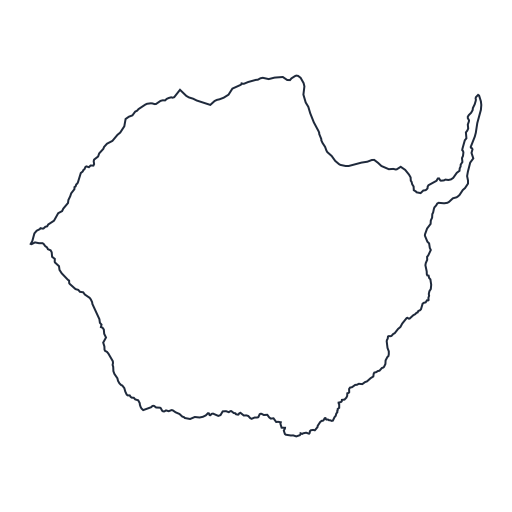 Almaguer, Cauca, Colombia (Robinson projection)
{"feature_id": "7082276B90942286802218", "entity_name": "Almaguer", "entity_type": "district", "adm_level": 2, "iso_a3": "COL", "parent_name": "Colombia", "parent_adm1": "Cauca", "projection": "robinson", "projection_center": [-76.812, 1.912], "detail": "fine", "context": "isolated", "style": "outline", "palette": "slate", "viewbox_px": 512, "rotation_deg": 0, "n_neighbors": 0, "source": "geoboundaries", "source_scale": "gbopen_adm2", "svg_char_len": 6012}
<svg xmlns="http://www.w3.org/2000/svg" viewBox="0 0 512 512"><path d="M479.1,95.6L478.1,94.9L475.9,97.2L475.6,98.5L475.9,99.7L475.7,100.9L474.7,104.3L472.9,108.0L472.6,110.2L471.1,112.8L468.8,115.1L467.8,116.7L467.8,118.1L469.0,120.3L468.9,121.4L467.8,124.6L468.2,128.5L467.3,130.6L465.9,132.4L466.4,138.3L464.8,140.3L462.5,148.5L462.2,150.1L463.1,151.2L463.4,152.5L463.0,155.9L462.0,158.1L462.4,162.0L460.7,164.6L460.6,166.5L459.7,168.4L459.5,170.8L456.8,172.8L453.2,177.9L451.0,179.4L448.4,180.0L445.4,179.6L443.9,180.4L440.9,180.7L440.3,180.4L439.0,178.4L437.8,178.5L436.5,180.8L428.5,185.2L427.7,186.5L427.5,188.4L426.2,189.8L425.1,190.3L423.3,190.5L420.6,193.1L416.5,192.3L416.1,191.6L413.8,190.2L413.6,186.5L412.2,184.3L411.6,181.9L410.8,180.7L410.6,177.4L409.0,174.6L405.2,169.9L400.7,166.8L396.8,169.3L395.8,169.5L393.3,168.9L388.8,169.2L381.4,166.0L378.1,162.9L374.2,159.9L371.8,160.0L367.4,161.7L361.5,162.6L348.7,166.0L345.6,166.0L340.4,164.9L339.1,164.2L335.2,160.9L331.7,156.0L327.3,152.1L326.4,150.5L325.1,146.9L322.5,142.9L321.3,140.3L321.3,139.1L319.2,133.9L319.2,132.8L318.6,131.3L313.8,122.3L310.2,113.2L308.3,106.8L305.7,102.5L303.4,94.6L304.4,86.4L303.6,83.1L300.6,77.8L298.1,75.9L296.3,75.6L295.0,76.1L291.4,78.4L290.0,80.1L287.2,80.0L282.8,77.0L274.6,77.6L268.7,79.1L262.8,77.8L260.4,78.3L257.9,79.7L255.8,79.9L248.2,82.0L244.1,83.7L243.1,83.8L241.6,83.4L241.4,84.3L240.4,85.0L232.4,88.6L228.5,94.7L223.7,97.7L219.5,99.3L216.9,99.9L214.6,101.0L210.3,104.9L196.7,100.5L193.1,98.7L188.9,97.4L186.3,95.9L180.0,89.8L174.2,97.2L172.5,97.7L171.2,97.3L168.7,98.0L166.7,98.9L165.1,100.4L162.7,100.3L160.5,100.9L156.0,104.0L154.6,104.1L152.3,103.4L150.7,103.3L147.0,103.8L145.3,104.6L138.5,109.1L137.1,110.7L135.2,111.6L132.4,115.4L128.9,116.7L125.6,119.0L124.3,126.3L120.2,132.6L117.5,134.8L112.4,140.9L107.0,143.7L104.1,146.9L103.3,148.9L99.2,153.4L98.1,156.5L94.1,159.6L93.7,161.2L94.1,164.1L93.4,165.6L90.6,165.5L88.9,167.2L86.4,166.4L85.5,166.9L84.4,169.3L83.4,170.0L82.7,171.5L80.8,173.0L78.0,182.1L77.4,183.4L76.2,184.5L75.6,186.4L74.5,187.1L74.4,189.2L71.2,193.3L70.2,196.3L68.4,200.0L68.0,203.0L63.3,208.6L62.1,211.1L58.2,213.2L54.0,220.7L48.2,224.5L47.2,226.3L45.3,226.8L43.5,228.5L42.4,228.6L40.5,228.2L39.7,229.2L36.7,230.7L34.4,233.4L32.3,241.1L30.7,243.9L31.3,244.2L32.1,243.9L35.0,242.4L39.0,243.2L42.5,243.2L43.6,243.9L45.2,246.1L47.0,247.4L47.9,249.2L50.6,250.3L51.7,252.3L52.1,256.8L54.8,258.9L54.7,261.8L55.0,262.5L59.0,266.2L59.5,269.9L61.7,273.3L67.9,279.8L69.1,280.6L69.2,283.1L69.7,283.9L75.5,289.1L78.3,289.9L79.9,291.8L83.2,292.3L84.8,294.5L89.7,297.9L90.8,299.4L92.1,302.1L92.4,304.0L99.4,319.2L99.9,322.8L101.5,324.6L100.9,327.1L102.5,327.7L103.8,329.5L104.2,333.8L106.0,337.5L103.2,342.6L104.4,346.5L104.5,349.6L105.0,350.8L107.0,351.9L108.4,353.6L112.8,361.2L113.0,363.0L112.6,364.9L113.2,366.8L113.4,371.2L114.4,373.9L117.4,378.3L118.0,380.8L119.4,383.3L121.2,385.1L122.3,385.5L124.3,388.1L125.3,391.6L126.7,394.6L127.7,395.4L129.7,395.4L130.6,396.8L131.6,397.6L133.8,397.8L135.2,399.4L138.2,400.3L139.7,403.1L139.9,404.8L140.6,406.9L141.5,408.5L143.2,410.1L151.2,407.2L152.4,406.0L153.4,405.8L154.2,406.0L156.1,407.5L160.0,407.7L160.7,408.1L162.2,410.8L163.2,411.4L164.4,411.4L166.0,410.4L168.7,411.2L171.5,410.1L172.7,410.3L175.6,412.3L179.5,414.0L182.3,416.6L183.9,417.1L184.8,418.0L190.1,419.0L194.8,417.0L199.6,417.5L202.9,416.8L205.8,415.4L208.0,413.2L208.9,413.4L209.6,415.1L210.4,415.2L211.6,413.9L213.0,413.6L218.3,415.9L220.5,415.1L222.7,411.4L223.7,411.3L226.1,411.2L228.8,412.2L230.5,411.1L231.3,411.1L233.7,413.0L235.4,413.3L235.9,414.2L237.5,414.6L238.4,414.6L239.2,413.4L240.4,412.8L243.8,415.5L246.4,415.4L248.3,416.0L250.2,418.1L251.6,418.8L254.7,417.5L257.2,417.5L258.3,417.2L259.7,414.2L260.4,413.8L261.5,413.8L263.8,415.0L267.3,414.8L269.2,417.4L270.8,418.6L273.5,418.3L276.2,422.0L278.1,421.8L280.8,422.3L280.4,423.7L281.6,427.7L285.0,427.8L284.9,428.6L283.8,430.6L284.9,434.0L285.8,434.7L290.9,435.5L293.2,435.4L296.3,436.4L299.8,435.2L300.5,434.3L300.6,433.3L302.2,433.9L303.2,433.3L306.1,432.7L309.0,433.7L309.7,432.9L309.9,431.2L310.8,430.3L313.1,429.9L314.8,430.3L315.2,429.9L317.5,427.1L317.7,425.8L320.2,422.0L321.7,420.8L322.7,420.8L323.5,420.3L324.7,418.2L325.5,418.1L326.0,419.3L326.5,419.6L327.9,419.5L328.9,420.2L330.3,420.3L331.7,420.9L332.9,420.6L334.5,417.2L335.7,415.8L336.3,413.5L337.3,412.3L337.2,411.0L337.6,410.7L337.7,409.0L339.2,407.8L339.2,404.4L338.7,403.6L338.6,402.6L340.8,402.1L341.7,401.4L341.9,399.9L344.5,399.6L346.4,397.6L347.2,395.8L347.3,393.3L348.6,392.9L349.2,392.2L349.1,389.0L350.0,387.6L352.0,387.2L355.2,384.9L356.9,384.8L358.8,383.8L362.3,384.1L365.0,382.1L367.0,381.4L370.7,378.1L373.3,376.5L373.7,373.7L374.3,372.6L376.3,372.1L377.7,371.1L379.5,370.7L381.9,368.0L383.2,367.6L384.0,366.9L385.4,364.0L385.6,360.4L387.4,357.0L388.4,356.1L388.8,354.2L388.8,351.4L387.5,347.9L386.7,341.3L386.9,340.1L387.7,338.7L388.0,336.5L388.8,336.1L390.5,336.2L391.5,335.9L393.2,334.0L394.7,333.2L398.1,328.9L400.4,327.0L402.2,323.6L406.6,318.1L407.4,317.8L408.6,318.6L409.6,318.6L413.3,315.2L415.2,314.2L416.5,312.8L417.6,312.5L418.3,311.0L420.1,310.2L421.0,309.2L422.6,303.7L423.8,302.8L425.6,302.4L427.0,300.3L428.2,300.4L428.6,300.0L428.4,297.9L429.1,295.7L428.8,294.0L429.4,291.2L430.8,289.0L431.2,284.8L430.4,279.4L429.1,277.9L428.6,275.6L427.3,275.4L426.8,274.2L426.7,271.4L425.4,265.2L425.8,263.0L427.2,259.8L427.1,256.8L428.2,255.5L430.8,250.0L429.8,247.9L429.1,243.4L427.4,241.7L424.9,235.7L425.0,234.3L427.1,228.5L430.6,223.9L430.8,220.5L432.1,217.7L432.3,214.1L433.1,212.6L433.9,208.9L434.4,207.4L436.2,205.4L437.2,203.6L438.6,202.8L444.1,203.3L447.4,202.8L449.0,201.9L452.9,198.3L456.6,197.3L457.8,196.5L459.5,195.0L462.8,190.0L465.0,188.1L468.0,183.6L468.0,180.5L467.1,176.1L467.9,171.6L470.2,162.6L473.3,158.4L471.5,152.9L472.5,149.3L472.0,148.3L470.9,147.7L470.7,147.0L474.8,136.6L475.8,132.8L477.3,123.0L480.9,109.8L481.3,105.0L480.9,101.4L479.1,95.6Z" fill="none" stroke="#1e293b" stroke-width="2"/></svg>